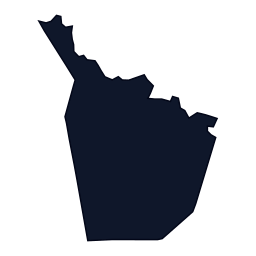 Angelim, Pernambuco, Brazil
{"feature_id": "56859067B85610748875596", "entity_name": "Angelim", "entity_type": "district", "adm_level": 2, "iso_a3": "BRA", "parent_name": "Brazil", "parent_adm1": "Pernambuco", "projection": "albers", "projection_center": [-36.281, -8.876], "detail": "fine", "context": "isolated", "style": "filled", "palette": "ink", "viewbox_px": 256, "rotation_deg": 0, "n_neighbors": 0, "source": "geoboundaries", "source_scale": "gbopen_adm2", "svg_char_len": 811}
<svg xmlns="http://www.w3.org/2000/svg" viewBox="0 0 256 256"><path d="M98.0,65.3L95.0,60.8L87.0,59.8L83.6,55.4L78.8,56.7L73.8,51.5L73.6,44.6L72.2,39.3L71.4,32.7L72.3,26.1L65.5,27.3L61.5,23.8L60.8,16.5L56.5,15.4L51.1,21.3L46.1,22.9L38.9,21.1L44.3,30.7L65.5,64.3L75.2,79.9L73.2,86.9L65.0,116.7L66.5,123.1L69.2,138.6L74.5,166.0L77.1,180.2L87.8,240.6L112.4,239.5L157.5,239.6L162.2,238.6L192.7,211.7L195.7,203.7L215.7,137.5L211.0,134.8L207.4,131.2L207.4,126.1L213.3,126.8L217.1,118.5L210.3,116.3L205.8,114.9L201.5,113.8L197.2,112.8L188.9,118.1L184.8,110.6L180.3,108.0L178.3,98.2L172.6,96.5L170.4,101.5L161.8,99.1L154.9,99.1L147.8,98.4L150.3,93.4L153.3,85.9L147.1,79.6L144.2,74.8L128.7,80.2L122.3,80.0L118.3,76.7L112.2,79.9L104.9,76.8L101.0,70.6L98.0,65.3Z" fill="#0f172a" stroke="#020617" stroke-width="1.5"/></svg>